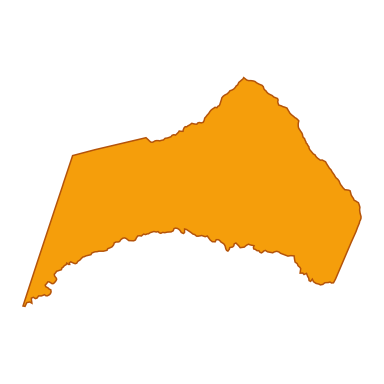 Sebastião Laranjeiras, Bahia, Brazil
{"feature_id": "56859067B69279711991755", "entity_name": "Sebastião Laranjeiras", "entity_type": "district", "adm_level": 2, "iso_a3": "BRA", "parent_name": "Brazil", "parent_adm1": "Bahia", "projection": "orthographic", "projection_center": [-43.114, -14.573], "detail": "fine", "context": "isolated", "style": "filled", "palette": "amber", "viewbox_px": 384, "rotation_deg": 0, "n_neighbors": 0, "source": "geoboundaries", "source_scale": "gbopen_adm2", "svg_char_len": 4574}
<svg xmlns="http://www.w3.org/2000/svg" viewBox="0 0 384 384"><path d="M287.0,108.1L284.6,107.1L283.0,106.7L281.2,105.8L278.8,105.1L278.1,103.4L277.7,101.8L278.1,100.0L277.5,98.5L276.2,98.0L273.8,97.0L272.1,95.5L270.2,94.6L268.3,93.6L267.0,92.4L265.9,90.8L264.7,89.9L263.9,88.8L263.3,86.7L262.0,85.3L260.2,84.6L258.6,83.9L256.6,82.8L255.0,81.5L253.5,81.0L250.9,80.6L248.5,80.6L246.7,80.0L245.2,78.8L243.7,77.6L242.9,79.0L241.6,80.0L240.4,81.1L238.8,82.4L237.6,85.0L236.3,85.8L235.3,87.4L233.7,89.1L231.4,90.3L230.0,90.7L228.8,92.3L227.1,93.9L224.7,95.1L223.1,96.3L221.8,97.9L221.5,99.3L221.0,100.8L220.5,102.4L220.0,104.0L219.3,105.6L217.9,106.3L216.9,107.7L215.0,107.3L213.6,108.3L212.2,109.2L210.9,110.3L209.9,111.6L208.6,113.6L207.1,115.2L206.0,116.7L204.7,118.1L204.2,120.4L203.2,122.3L201.4,122.9L199.2,122.5L197.7,123.0L196.8,124.2L195.3,124.1L193.6,123.8L191.8,123.3L189.6,125.0L188.1,125.7L186.7,126.8L185.2,126.7L184.2,127.7L183.4,129.4L183.0,131.3L181.1,131.3L179.2,131.0L178.5,132.2L177.1,133.6L175.5,135.1L173.9,134.7L172.1,135.3L171.0,136.7L169.4,137.3L167.4,138.0L165.1,138.3L163.5,139.9L161.2,140.4L159.6,140.9L158.2,140.6L156.4,140.6L155.0,140.9L153.5,141.8L152.2,142.3L150.8,142.1L149.4,140.9L148.1,139.6L146.0,137.7L95.0,149.7L72.6,155.6L71.2,159.9L66.9,172.8L63.2,183.9L62.8,185.3L55.2,208.1L37.5,261.6L23.0,306.0L25.0,306.4L26.8,302.6L29.8,302.0L31.9,303.2L31.4,299.5L31.4,298.1L33.4,297.3L35.3,298.6L37.0,298.1L38.6,295.9L41.4,295.9L43.1,295.3L44.4,294.7L46.0,295.8L47.4,295.8L49.4,294.7L50.4,293.7L51.1,291.9L50.8,289.8L49.2,289.1L48.2,288.0L45.8,286.7L45.2,285.1L46.6,283.6L47.9,281.8L49.3,281.9L52.1,283.7L53.6,283.5L55.5,281.5L56.6,279.6L56.4,278.3L54.6,276.0L54.3,274.2L55.6,272.8L56.6,271.3L61.4,269.7L61.9,268.0L63.3,267.0L64.3,265.7L66.2,264.6L66.8,263.1L68.3,264.4L69.7,264.4L69.3,262.9L70.7,261.8L73.5,263.1L75.2,263.7L76.7,263.2L77.8,261.4L80.1,259.9L81.3,258.5L82.9,257.0L84.3,256.7L85.9,255.9L90.9,254.7L91.9,253.0L94.9,251.8L97.0,251.7L99.0,251.2L103.4,251.2L107.0,250.3L107.7,248.7L110.5,247.6L112.2,246.7L113.7,244.7L114.2,242.9L116.0,242.0L118.1,242.0L119.6,241.5L120.7,239.8L122.8,238.2L124.6,237.9L126.2,238.5L128.8,240.6L133.7,240.8L135.4,240.0L136.4,237.9L137.7,236.0L139.4,235.7L141.4,236.0L142.5,235.0L143.7,234.1L145.5,234.6L147.1,233.9L148.5,233.8L150.3,232.6L153.9,231.5L156.3,232.0L158.1,231.6L159.3,232.8L160.8,233.3L162.7,232.4L164.8,232.7L167.4,232.1L171.1,231.9L173.2,230.8L174.0,228.6L175.5,228.1L177.3,228.4L178.6,229.1L180.0,230.4L181.3,232.5L183.4,233.5L184.5,232.6L184.6,229.0L186.5,229.5L190.7,232.3L193.0,234.1L194.6,234.5L196.5,236.1L198.0,236.2L200.3,235.8L201.7,235.5L205.2,236.7L207.3,236.0L210.1,239.9L212.3,241.7L215.2,241.8L216.2,239.7L218.4,239.7L219.7,240.5L220.8,241.9L223.0,243.3L224.1,244.2L225.1,246.0L225.8,248.8L226.6,250.4L227.9,251.1L229.3,249.3L229.7,247.6L232.6,247.0L233.8,245.8L234.2,243.9L235.9,243.0L238.7,245.8L240.2,247.7L244.3,247.1L246.4,245.3L248.5,244.2L250.2,244.9L254.0,245.7L253.4,247.7L253.8,249.0L255.2,249.3L257.1,250.7L258.8,250.7L260.0,252.3L261.4,252.9L262.6,252.2L263.8,251.0L265.4,250.4L267.5,251.8L272.7,252.8L274.3,251.9L276.6,251.3L278.8,251.9L280.6,253.3L287.9,256.1L290.9,255.6L294.1,255.9L294.5,259.1L295.1,262.1L297.2,263.6L298.1,265.8L300.0,267.4L300.7,268.7L300.4,270.9L300.1,273.1L302.8,273.1L304.0,274.5L306.5,273.4L307.7,276.5L308.7,278.1L309.1,280.6L310.6,281.4L312.3,279.1L313.5,281.7L316.0,283.4L318.9,284.1L320.4,284.9L322.8,284.4L324.8,282.8L326.6,282.6L328.1,282.6L330.0,282.0L331.5,283.0L333.5,282.8L335.5,279.1L351.1,242.5L356.0,231.6L357.6,227.2L358.6,224.9L359.4,222.9L359.7,221.3L360.5,219.8L361.0,218.2L361.0,216.5L360.5,214.7L360.0,212.8L359.6,209.9L359.9,207.2L359.2,204.9L358.4,202.7L357.0,201.9L355.9,201.1L354.1,200.2L353.4,198.4L352.3,196.9L351.2,195.0L350.6,192.6L350.1,190.8L348.8,190.2L346.8,189.9L344.8,189.7L343.9,188.7L342.8,187.6L341.8,186.1L340.6,184.6L339.7,182.7L339.1,181.1L337.6,179.1L336.1,177.9L335.2,176.7L334.4,175.1L333.2,173.4L332.1,171.9L331.0,169.8L329.3,168.1L328.5,166.7L327.7,165.5L326.7,163.9L325.5,161.7L323.7,160.8L322.2,160.0L320.4,160.2L319.0,159.2L317.5,158.1L316.0,156.6L315.0,154.8L313.4,154.0L312.2,152.6L310.8,150.9L309.8,149.7L309.1,148.3L308.9,146.8L307.8,145.4L307.2,144.0L306.2,143.1L305.8,141.6L305.1,140.3L304.5,138.5L303.2,137.4L302.7,135.9L302.4,134.3L301.8,132.9L300.6,131.2L298.7,128.2L298.3,126.7L298.2,124.9L298.3,123.0L298.8,120.9L297.5,119.4L296.2,118.3L295.0,117.7L293.7,116.5L291.4,114.7L289.9,113.2L289.0,111.6L287.9,109.8L287.0,108.1Z" fill="#f59e0b" stroke="#b45309" stroke-width="1.5"/></svg>